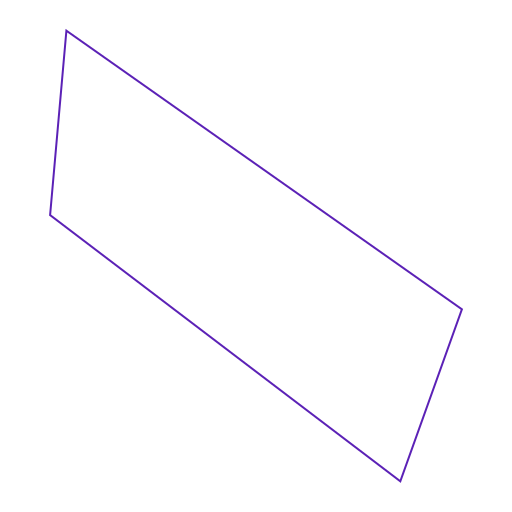 SVG path tracing the border of Roche Caïman
{"feature_id": "SYC-5222", "entity_name": "Roche Caïman", "entity_type": "state/province", "adm_level": 1, "iso_a3": "SYC", "parent_name": "Seychelles", "parent_adm1": "", "projection": "mercator", "projection_center": [55.482, -4.649], "detail": "fine", "context": "isolated", "style": "outline", "palette": "violet", "viewbox_px": 512, "rotation_deg": 0, "n_neighbors": 0, "source": "natural_earth", "source_scale": "10m", "svg_char_len": 182}
<svg xmlns="http://www.w3.org/2000/svg" viewBox="0 0 512 512"><path d="M66.4,30.7L461.9,309.3L400.3,481.3L50.1,215.1L66.4,30.7Z" fill="none" stroke="#5b21b6" stroke-width="2"/></svg>